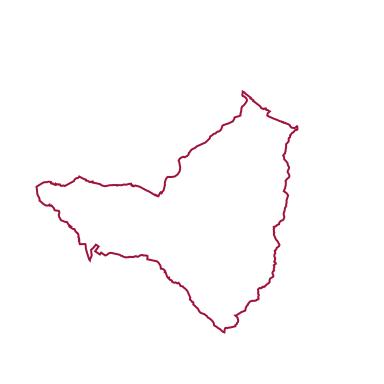 Patarlagele, Buzau, Romania, rotated 221°
{"feature_id": "2599482B92792236227552", "entity_name": "Patarlagele", "entity_type": "district", "adm_level": 2, "iso_a3": "ROU", "parent_name": "Romania", "parent_adm1": "Buzau", "projection": "natural_earth1", "projection_center": [26.343, 45.318], "detail": "fine", "context": "isolated", "style": "outline", "palette": "rose", "viewbox_px": 384, "rotation_deg": 221, "n_neighbors": 0, "source": "geoboundaries", "source_scale": "gbopen_adm2", "svg_char_len": 5979}
<svg xmlns="http://www.w3.org/2000/svg" viewBox="0 0 384 384"><g transform="rotate(221 192 192)"><path d="M219.6,301.1L218.9,300.3L217.7,298.2L217.1,297.8L216.5,297.7L215.6,298.3L213.7,298.4L212.5,298.3L210.8,297.5L210.2,296.4L209.9,294.0L209.8,291.0L210.2,289.9L209.9,288.1L207.9,285.3L206.7,282.7L205.6,281.6L206.1,280.4L208.8,276.2L208.1,275.0L207.5,272.2L209.3,268.0L212.1,263.3L212.5,261.9L211.0,258.3L211.2,255.9L212.5,253.8L212.7,252.7L212.6,251.7L213.8,250.0L214.0,248.0L214.7,245.8L213.8,244.2L214.3,238.3L218.5,229.2L218.5,227.6L220.0,224.1L220.2,222.9L219.8,220.1L220.0,219.4L219.2,218.1L219.2,216.1L220.4,213.3L221.4,213.1L222.3,211.8L223.0,210.0L223.0,208.4L222.7,206.9L221.1,206.1L216.9,202.7L215.6,200.9L214.8,199.1L214.4,195.9L215.2,192.3L217.5,189.7L220.2,187.5L220.4,186.5L220.2,185.1L219.2,182.2L217.9,180.3L217.2,179.8L214.5,174.6L214.6,172.3L214.2,171.8L214.1,171.1L215.5,171.1L215.5,170.5L214.6,166.8L215.5,166.6L215.5,166.4L216.1,166.3L216.0,166.1L217.8,165.8L217.7,165.4L225.7,164.0L227.1,163.4L235.1,161.6L239.1,159.7L239.5,158.3L240.4,158.2L240.3,157.8L240.8,157.4L241.5,157.8L241.7,157.4L242.3,157.3L243.4,158.3L243.9,157.9L245.5,155.8L246.4,154.3L248.2,153.1L249.8,150.7L253.1,148.1L252.9,147.7L254.8,146.8L256.8,144.7L258.4,143.3L261.4,139.3L264.4,137.8L265.3,137.6L265.7,137.7L265.3,137.9L266.0,137.8L268.9,136.4L273.2,133.9L273.8,134.8L274.3,134.5L274.8,133.3L275.8,132.3L277.5,132.2L279.6,131.1L279.9,131.7L280.2,131.8L282.3,130.8L287.3,129.7L287.1,128.9L287.3,127.8L288.4,126.4L288.7,125.2L288.6,123.6L288.3,122.8L291.9,113.1L293.2,112.7L294.6,110.8L295.9,110.7L296.4,111.1L297.3,110.7L297.5,110.1L298.3,109.6L298.9,109.5L299.6,108.5L300.5,108.7L300.5,108.3L299.7,107.8L300.1,107.5L302.7,106.7L302.9,107.0L304.0,106.0L305.1,107.0L307.1,105.6L308.0,104.2L310.1,102.2L311.2,99.2L312.8,93.9L310.4,91.9L307.3,88.9L305.5,88.0L304.8,87.9L302.3,86.6L301.4,85.4L300.2,85.6L296.7,85.4L293.4,86.0L292.5,86.6L291.7,87.5L291.3,88.8L290.7,88.2L290.2,88.3L289.5,89.5L288.9,89.3L288.7,89.6L285.4,89.1L283.9,88.2L283.5,88.2L280.1,90.4L278.9,89.8L278.0,88.4L277.7,87.4L276.1,86.2L273.9,85.4L272.5,84.7L268.0,86.3L266.8,87.3L263.6,86.4L261.3,86.5L262.1,85.6L261.7,85.4L257.6,86.0L256.4,86.9L254.0,85.8L252.7,85.9L252.1,85.6L251.6,85.9L250.9,85.8L249.5,85.1L248.6,84.1L248.4,83.5L247.7,83.5L246.3,82.5L246.4,82.2L245.5,81.7L245.6,81.4L245.1,80.7L244.1,80.3L242.5,79.0L238.4,82.7L237.2,82.0L235.4,80.0L231.6,77.4L225.3,73.6L224.2,73.4L225.1,74.8L225.2,76.3L225.7,77.1L226.0,78.2L230.2,82.1L229.8,85.5L230.0,89.2L226.7,89.6L226.2,83.7L220.6,84.4L220.8,86.6L215.8,87.2L215.2,88.1L214.4,91.5L213.3,92.9L205.4,97.2L203.9,97.2L202.9,98.0L201.8,98.0L198.9,99.2L198.6,99.9L197.3,100.8L196.8,102.0L196.3,102.1L195.7,102.8L193.5,104.5L193.4,105.2L192.9,105.5L192.3,106.8L190.8,107.2L190.3,107.7L189.3,110.7L187.8,112.1L187.3,112.0L185.6,113.5L184.0,114.5L183.5,114.5L181.6,111.9L173.0,116.7L171.0,116.7L167.5,115.7L165.2,113.7L163.6,114.8L161.2,115.0L160.3,114.6L160.3,113.9L160.0,113.5L159.4,113.9L158.9,113.9L155.3,111.8L153.7,111.5L153.2,112.4L152.7,112.1L152.8,111.8L152.1,111.3L150.8,111.3L149.7,111.9L149.0,111.9L148.4,111.3L148.1,111.2L145.9,111.8L145.1,113.0L143.1,113.4L142.5,114.7L140.2,114.2L139.2,113.5L136.9,114.7L136.3,114.4L133.2,114.6L130.4,114.2L123.9,111.1L123.6,110.1L123.1,109.5L121.1,109.5L120.1,109.1L118.9,109.6L117.9,109.0L117.3,108.0L110.9,107.8L108.1,106.6L106.2,106.5L102.5,107.9L99.1,108.1L97.7,107.6L96.4,108.0L93.5,108.2L91.3,107.9L89.6,107.3L88.6,106.6L88.4,106.2L87.4,105.8L85.0,106.4L83.3,106.4L80.6,106.9L77.5,106.7L75.5,107.3L77.2,109.8L77.6,111.3L77.4,111.7L76.1,112.4L75.3,113.8L74.3,114.7L71.2,119.1L71.9,120.0L71.5,121.7L72.0,122.4L72.0,123.9L73.0,125.6L75.5,127.1L78.2,127.2L77.6,127.9L75.9,133.8L74.0,137.4L75.4,139.9L75.8,141.2L75.7,141.4L76.0,142.6L75.8,143.6L76.2,144.1L76.4,147.1L75.5,149.0L72.7,151.7L72.4,152.5L72.5,153.2L71.9,153.8L71.6,154.7L71.8,155.3L73.3,156.3L74.0,158.2L74.7,158.3L75.9,159.0L76.1,159.8L78.0,161.5L78.3,162.3L77.9,164.1L77.0,164.4L76.4,165.6L76.6,166.5L75.9,167.1L76.0,167.4L75.2,167.9L75.0,168.4L75.2,169.0L75.0,169.7L74.9,171.9L74.4,173.0L74.3,175.0L75.6,176.3L76.2,177.7L76.0,178.8L75.3,180.6L75.3,181.9L76.8,183.0L77.9,183.3L78.4,184.0L78.8,185.2L78.5,186.6L79.6,187.3L80.2,188.2L80.6,189.4L82.2,190.3L81.7,192.9L82.6,193.4L84.2,193.3L84.8,195.1L85.8,196.6L87.8,197.6L88.8,199.0L89.0,200.5L91.0,201.9L90.7,203.0L90.9,204.3L91.4,205.3L90.8,208.1L91.3,209.5L95.3,211.0L97.4,211.2L101.5,213.2L102.6,213.9L103.1,215.2L104.0,215.5L104.5,216.4L105.9,217.4L106.3,218.6L107.4,219.1L107.4,219.5L106.7,220.3L106.1,221.6L106.2,222.8L105.9,223.5L105.1,224.8L106.0,226.1L106.1,226.9L106.0,228.4L104.9,230.6L105.1,231.9L105.9,233.7L108.3,235.3L109.4,237.2L109.7,238.4L111.3,240.9L111.8,243.4L112.9,244.5L113.7,246.2L114.7,247.1L115.3,248.0L117.2,252.5L120.0,253.2L123.2,252.8L124.6,256.6L125.8,258.7L127.1,260.4L128.8,261.9L128.7,262.9L128.9,263.9L128.4,266.6L128.7,267.5L129.0,268.0L130.1,268.8L132.5,269.6L133.1,270.0L133.5,270.7L134.3,273.4L135.1,274.5L137.2,275.1L138.6,276.4L141.3,277.0L143.8,277.2L145.5,278.8L147.2,279.4L147.1,282.1L147.7,282.9L148.0,283.9L149.5,286.0L150.2,287.4L152.4,289.9L152.2,291.8L152.4,293.8L153.0,294.7L153.8,295.3L154.2,296.0L154.3,296.4L153.9,297.0L154.1,297.9L155.2,299.2L154.9,300.0L155.2,300.7L155.2,302.3L155.0,303.0L154.7,303.2L154.6,303.9L154.8,306.1L154.7,306.5L154.0,307.0L153.6,307.7L153.5,308.2L153.9,308.9L155.7,310.6L156.0,310.4L156.1,308.4L156.5,307.6L159.0,305.9L160.9,306.0L161.6,306.5L163.0,306.5L164.2,306.2L165.8,305.5L167.2,305.3L167.8,304.5L168.9,304.3L169.1,304.5L169.9,303.8L170.6,304.0L172.1,303.1L175.0,302.3L178.6,300.9L184.6,299.1L185.4,299.1L186.5,301.1L186.2,303.8L187.2,303.5L188.4,303.6L189.8,302.7L191.2,303.5L191.5,303.0L191.5,302.6L192.3,302.3L192.4,301.5L194.9,300.7L196.0,301.3L197.4,301.4L204.3,301.0L205.3,300.7L205.7,301.5L209.1,301.0L209.1,301.7L216.1,301.3L217.8,301.5L219.6,301.1Z" fill="none" stroke="#9f1239" stroke-width="2"/></g></svg>